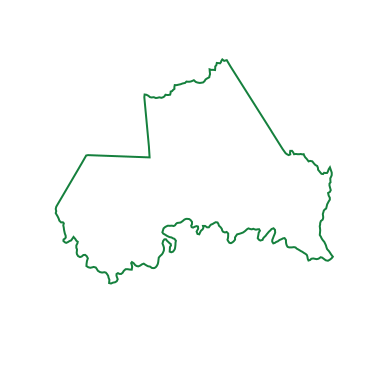 Itapetinga, Bahia, Brazil, rotated 339°
{"feature_id": "56859067B19458731628359", "entity_name": "Itapetinga", "entity_type": "district", "adm_level": 2, "iso_a3": "BRA", "parent_name": "Brazil", "parent_adm1": "Bahia", "projection": "robinson", "projection_center": [-40.051, -15.316], "detail": "fine", "context": "isolated", "style": "outline", "palette": "green", "viewbox_px": 384, "rotation_deg": 339, "n_neighbors": 0, "source": "geoboundaries", "source_scale": "gbopen_adm2", "svg_char_len": 5406}
<svg xmlns="http://www.w3.org/2000/svg" viewBox="0 0 384 384"><g transform="rotate(339 192 192)"><path d="M271.7,81.4L270.3,81.2L269.0,81.1L267.8,79.1L266.5,80.0L265.6,81.1L264.3,81.9L263.0,81.2L261.4,80.4L260.1,82.4L258.7,83.1L258.1,84.6L257.2,86.4L255.5,85.5L253.8,84.9L252.4,83.8L251.7,86.1L251.1,88.4L250.0,89.8L249.2,91.1L246.7,91.4L245.0,91.8L243.4,93.0L241.6,93.7L239.7,93.3L238.4,93.0L237.2,92.3L236.1,91.6L234.9,90.5L233.8,88.3L232.3,88.4L230.5,88.4L229.0,88.1L227.7,87.6L226.4,86.9L224.6,87.7L222.1,87.3L219.9,87.3L218.0,87.0L215.9,86.7L214.2,86.0L213.1,87.8L212.6,89.4L210.8,90.0L209.5,90.7L208.1,90.6L207.4,92.0L206.5,93.3L204.7,93.0L203.3,92.4L202.1,91.7L200.4,92.9L198.7,93.2L197.2,93.1L195.4,91.9L193.6,91.7L191.9,91.3L190.3,89.8L188.0,89.2L186.7,88.3L185.8,86.6L184.3,84.9L182.7,84.0L181.5,86.3L179.9,91.9L176.4,104.4L168.1,134.0L164.8,144.5L108.1,120.3L106.3,120.0L99.2,125.8L97.3,127.3L94.2,129.8L61.6,155.8L60.0,157.1L58.7,159.0L58.4,161.2L57.2,162.9L57.5,164.8L57.8,166.5L58.0,169.1L57.9,171.2L58.9,173.5L60.6,174.0L61.1,175.3L59.9,177.0L59.5,179.4L59.0,181.3L58.7,183.1L58.4,185.3L58.4,187.5L57.8,189.3L56.6,190.0L55.1,190.3L54.4,191.6L55.3,193.4L56.3,194.4L58.2,194.3L60.1,193.9L61.8,193.9L63.3,192.9L65.3,191.5L66.2,194.0L66.6,196.1L67.5,197.5L66.6,198.9L64.9,200.4L64.0,202.7L64.1,204.2L63.5,205.6L62.6,207.3L62.3,208.8L62.7,211.0L64.1,212.6L65.9,212.7L68.0,211.9L69.7,212.4L70.7,214.2L71.0,216.6L69.2,218.8L67.8,221.3L66.9,223.3L68.2,225.1L69.9,226.3L71.9,226.6L73.3,226.7L75.1,228.0L75.6,230.0L75.9,231.8L77.4,233.8L79.2,235.0L81.5,235.5L82.7,236.4L83.3,238.2L83.7,240.2L83.4,242.0L83.4,244.4L82.7,245.8L82.0,247.3L83.6,248.4L85.7,248.3L87.9,248.7L89.8,248.3L91.4,246.8L91.4,244.6L91.5,243.0L92.2,241.5L93.8,241.2L94.8,242.4L96.4,243.1L98.2,242.6L100.0,241.2L102.3,240.3L104.3,241.0L105.9,242.0L107.9,242.9L109.3,240.5L109.7,238.3L109.7,236.6L110.8,235.9L112.0,237.5L112.7,239.8L113.7,241.2L115.2,242.2L117.4,242.1L119.3,241.6L121.3,241.6L122.1,242.8L123.3,244.4L124.4,245.6L126.1,246.6L127.3,248.5L128.6,249.2L129.8,249.5L131.2,249.2L132.8,248.3L134.3,246.9L135.3,245.4L136.2,243.7L137.5,241.3L139.6,240.2L141.5,239.5L142.9,238.5L144.8,236.5L145.8,234.2L146.0,232.4L146.0,229.5L147.6,227.3L149.3,226.3L150.7,226.8L151.2,228.6L152.0,230.2L152.7,231.7L153.5,232.9L153.2,234.4L151.7,235.5L150.6,237.9L149.8,239.7L151.0,240.8L152.8,240.9L154.4,240.0L155.6,239.0L156.5,237.5L157.6,235.4L158.4,233.5L159.5,231.7L158.8,229.4L157.6,228.4L156.6,227.1L154.8,226.0L153.0,224.1L151.6,222.2L150.2,220.5L149.9,219.0L151.0,217.6L152.4,215.8L154.3,215.1L155.7,214.9L157.3,214.8L159.4,215.7L161.1,216.2L162.7,217.2L164.3,217.0L165.7,216.0L167.1,215.6L168.7,216.0L170.4,216.4L172.8,215.8L175.1,215.0L177.0,215.0L178.4,215.6L179.7,216.3L180.6,217.6L181.3,219.9L180.4,222.1L179.2,223.1L179.1,224.7L180.2,225.6L182.3,225.4L184.1,225.5L185.2,226.4L184.6,228.5L182.1,230.6L182.1,233.1L183.6,234.1L185.2,232.5L186.6,231.3L188.5,230.7L189.9,229.4L190.1,227.6L192.1,228.4L193.4,230.4L195.1,231.0L196.8,229.8L198.3,229.2L199.6,229.3L201.6,228.9L203.3,228.7L204.9,229.6L205.2,231.3L205.1,233.1L206.1,235.2L206.6,237.0L206.4,238.8L206.8,240.3L208.3,241.6L210.0,241.7L210.9,243.7L209.8,246.5L209.0,248.0L208.0,249.3L208.2,250.9L208.7,252.8L210.0,253.7L211.7,253.5L213.2,253.0L215.1,251.9L215.9,249.8L217.3,248.8L218.9,247.7L221.3,248.0L223.2,248.1L225.2,248.1L227.5,247.5L230.0,246.5L231.6,246.2L233.3,247.6L234.5,248.3L236.0,248.3L237.1,249.3L238.2,250.1L239.7,250.3L241.3,250.8L241.5,252.5L239.7,253.9L238.6,255.8L237.6,257.4L236.8,258.7L237.4,260.6L238.4,261.8L240.7,262.0L241.8,260.8L243.3,260.0L245.0,259.3L246.7,258.2L248.0,257.5L249.4,256.7L251.2,256.0L253.0,255.1L255.1,255.1L255.9,257.1L255.1,259.7L253.8,261.2L252.8,262.2L251.1,264.1L249.7,265.6L249.1,267.1L249.5,269.1L251.1,269.2L252.7,268.8L254.5,268.8L256.4,268.2L259.0,268.1L260.4,267.9L261.9,268.2L262.5,270.5L261.8,272.4L261.4,274.1L261.3,275.9L261.6,277.5L262.8,278.5L264.1,279.0L265.4,279.5L267.4,280.0L268.8,280.9L269.4,282.3L270.6,283.7L271.6,285.0L272.5,286.2L273.6,287.4L274.6,288.9L275.8,290.4L276.6,291.8L276.6,293.4L276.1,296.0L276.2,297.7L277.9,297.8L279.5,297.1L281.4,297.5L282.6,298.3L284.4,299.4L286.1,299.6L287.4,299.4L288.7,299.0L290.0,299.9L291.0,301.5L292.4,303.7L294.3,304.9L296.4,304.6L298.6,303.9L300.3,302.9L299.5,300.2L299.2,298.6L298.7,296.4L297.7,293.8L297.7,291.9L297.9,289.9L297.8,288.1L297.6,285.9L296.9,284.0L296.4,281.9L296.3,280.1L295.9,277.9L296.9,275.9L298.0,273.6L298.6,271.4L299.0,269.7L299.9,268.4L300.5,267.0L301.9,265.3L304.1,264.6L305.2,263.2L305.7,261.7L306.2,259.5L307.6,257.7L308.4,256.6L309.7,255.9L311.3,255.5L312.5,253.8L313.8,251.9L315.1,250.8L316.2,249.8L317.9,248.6L318.6,246.7L318.3,244.4L318.7,241.7L320.8,241.3L322.2,240.0L322.4,237.7L322.7,235.1L323.4,233.4L324.8,232.6L325.3,230.9L326.0,228.8L327.5,227.4L328.5,226.3L329.4,224.0L329.6,218.4L327.8,219.7L326.2,221.6L325.0,222.6L323.6,222.2L322.2,221.4L320.8,222.2L319.4,221.4L318.7,219.5L318.2,217.9L317.7,216.4L318.2,214.7L318.2,212.6L316.8,210.9L316.0,208.9L315.3,206.5L313.4,205.3L311.8,205.2L311.3,203.4L310.8,201.8L310.1,200.2L309.8,198.2L309.8,196.7L308.4,196.4L307.2,195.5L305.8,195.2L304.2,194.6L302.6,193.7L300.8,193.3L300.7,191.4L300.1,189.4L298.5,188.8L297.7,190.2L297.2,192.1L295.5,192.2L294.3,190.9L293.3,189.4L292.0,184.4L288.1,164.7L287.8,162.9L272.9,88.5L271.7,81.4Z" fill="none" stroke="#15803d" stroke-width="2"/></g></svg>